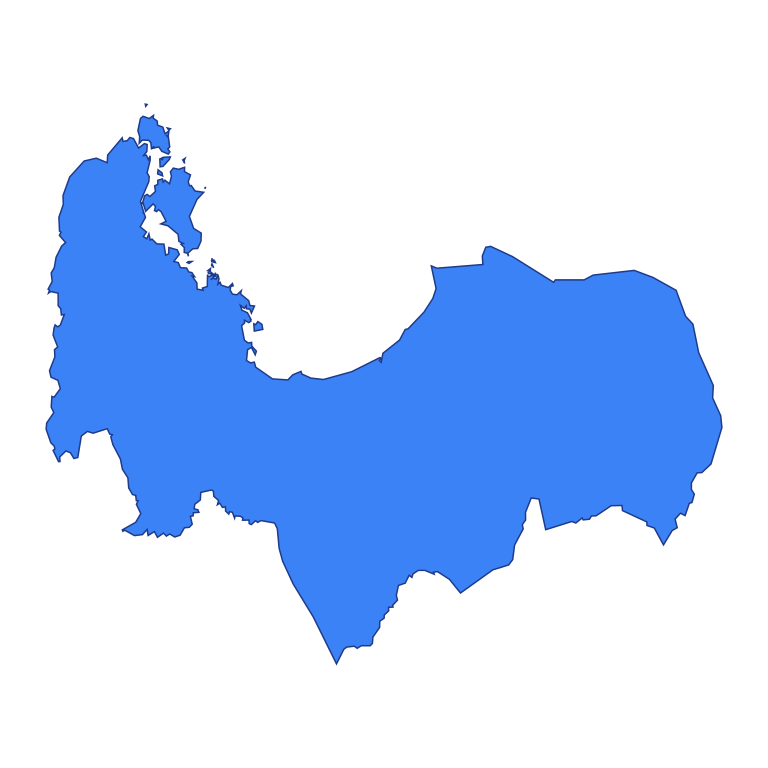 Pangasinan, Dagupan, Philippines
{"feature_id": "2640588B43628149657030", "entity_name": "Pangasinan", "entity_type": "district", "adm_level": 2, "iso_a3": "PHL", "parent_name": "Philippines", "parent_adm1": "Dagupan", "projection": "natural_earth1", "projection_center": [119.981, 16.031], "detail": "fine", "context": "isolated", "style": "filled", "palette": "blue", "viewbox_px": 768, "rotation_deg": 0, "n_neighbors": 0, "source": "geoboundaries", "source_scale": "gbopen_adm2", "svg_char_len": 6082}
<svg xmlns="http://www.w3.org/2000/svg" viewBox="0 0 768 768"><path d="M485.8,247.2L482.3,256.1L482.9,264.5L436.9,268.2L431.3,265.9L436.1,288.6L432.8,298.5L424.0,312.1L408.1,328.8L405.2,329.5L399.6,340.0L382.9,353.3L381.2,362.3L379.3,360.5L381.3,358.3L379.9,357.6L351.7,371.7L323.5,379.5L310.9,378.1L301.8,374.0L301.0,371.4L292.8,374.8L287.9,379.9L272.5,378.9L255.7,367.2L254.3,362.1L250.5,362.9L246.5,360.5L247.6,349.6L251.5,347.5L255.2,354.8L256.4,351.2L251.8,346.1L251.6,342.4L248.2,343.0L244.4,340.2L241.6,325.7L244.6,323.0L244.5,320.2L248.8,322.6L251.0,321.0L250.2,319.1L251.3,320.0L247.4,312.7L241.9,310.2L240.4,305.4L244.2,308.3L246.2,305.8L246.4,308.8L249.8,309.1L251.4,313.1L254.5,306.0L249.9,305.5L248.7,300.7L240.5,293.9L241.3,290.7L236.9,294.8L232.4,294.1L230.2,290.1L230.7,286.4L233.2,285.8L232.4,283.5L228.4,287.5L221.2,285.2L220.1,282.3L217.9,284.2L219.0,278.9L218.0,275.1L216.6,274.2L217.7,275.8L216.0,279.2L212.8,278.1L210.7,279.9L215.0,276.1L215.6,276.5L215.5,272.7L213.8,276.8L213.0,275.0L208.2,276.8L207.5,274.6L207.3,286.5L202.4,288.1L203.1,290.3L197.1,289.1L196.9,282.9L192.0,276.0L194.6,276.7L191.9,272.6L188.7,271.9L186.6,268.0L180.4,267.7L178.3,262.6L173.8,261.5L179.3,254.4L177.2,249.8L168.9,247.5L168.6,253.9L165.7,255.2L163.9,244.1L156.9,243.9L152.0,239.1L150.2,240.1L148.9,233.8L146.8,238.8L143.4,236.6L146.5,232.0L140.2,226.8L145.5,217.4L143.9,212.7L142.6,213.3L143.8,212.5L140.4,201.4L148.8,181.7L149.2,176.6L147.1,172.7L150.2,160.1L150.1,155.8L148.4,159.8L146.4,155.2L143.6,155.5L146.8,151.6L147.2,144.5L144.4,143.6L138.6,148.0L133.5,138.6L129.8,137.5L127.2,140.7L123.0,141.4L122.2,137.8L107.7,155.0L107.2,162.7L96.3,158.2L84.2,161.0L69.7,177.0L63.0,195.6L63.3,204.4L58.9,217.3L59.5,231.1L61.0,232.2L59.4,235.4L65.6,242.6L61.7,246.0L56.1,257.2L54.3,267.6L51.2,273.0L52.2,281.4L48.1,289.2L49.5,290.2L48.5,293.1L50.8,291.6L58.1,293.1L58.2,305.8L60.7,308.6L61.4,315.0L64.3,314.5L60.3,325.1L57.7,326.9L55.1,324.9L54.0,328.2L53.1,335.1L57.7,347.0L54.5,349.6L54.9,356.9L49.5,370.7L51.0,377.2L57.9,380.3L60.3,388.7L54.1,397.2L51.9,396.4L51.2,407.0L53.8,412.6L46.7,423.0L46.1,429.1L50.8,442.7L54.3,446.2L54.8,449.2L53.1,450.4L58.6,461.7L60.0,461.5L59.7,457.0L65.9,451.0L70.5,452.8L73.9,458.5L77.8,457.5L81.3,436.1L87.4,431.4L93.1,433.2L107.2,428.7L109.8,434.2L112.4,434.7L110.8,436.8L112.9,444.7L120.4,459.0L122.4,469.2L127.9,477.8L128.7,488.0L132.5,494.5L135.7,495.4L136.3,500.6L138.1,500.7L136.4,504.4L140.8,513.5L135.7,522.3L122.3,529.9L122.9,531.3L124.7,530.2L134.5,535.6L142.5,534.6L147.1,529.4L148.1,535.5L154.4,531.6L157.5,537.3L163.5,533.1L166.4,536.1L169.7,534.0L174.8,537.0L180.1,535.2L184.4,527.8L189.3,527.3L192.2,524.2L190.4,516.4L193.2,515.8L193.3,512.8L198.9,512.3L197.9,509.8L194.1,508.7L194.8,504.3L200.3,500.0L200.8,492.4L211.5,490.0L213.4,491.2L213.8,496.3L218.6,500.5L217.4,504.7L219.8,503.2L222.5,507.4L225.4,506.8L225.6,511.1L228.8,514.1L229.5,511.7L232.4,512.3L234.6,518.2L235.1,516.0L240.2,516.2L242.9,517.8L242.5,520.2L249.0,520.1L249.2,523.6L251.3,524.6L255.6,520.7L257.7,522.4L261.0,520.6L274.6,523.0L277.3,528.6L279.1,548.2L282.6,561.1L293.2,584.0L313.2,616.8L336.5,663.9L343.8,649.3L346.7,647.1L354.3,646.2L357.2,648.3L361.3,645.7L370.2,645.7L372.4,643.5L372.9,637.1L379.6,627.5L379.8,621.2L384.1,618.2L384.3,615.0L388.7,610.8L388.6,607.3L393.0,607.1L392.7,605.2L397.5,600.1L396.3,595.4L398.4,585.5L405.2,583.1L409.1,575.3L411.9,577.4L413.0,573.9L418.2,570.4L424.9,570.4L434.2,574.2L433.5,572.2L437.5,571.6L449.4,579.3L460.5,593.0L492.9,569.8L508.7,564.9L512.7,559.6L514.6,545.0L523.2,528.9L522.3,524.7L525.6,520.0L525.5,512.3L531.2,498.0L539.0,499.0L545.7,529.7L571.7,521.5L575.8,523.0L582.2,518.0L583.2,519.9L589.5,519.2L591.4,516.0L596.1,515.8L611.2,505.7L622.0,505.5L622.5,510.6L646.8,521.9L647.0,525.5L654.3,528.0L663.5,544.9L672.2,530.5L677.2,527.7L675.1,519.1L680.5,513.2L685.1,515.6L689.3,503.3L692.0,502.5L694.3,494.1L691.4,489.5L691.4,482.9L697.2,472.8L701.8,472.6L711.0,464.0L721.9,427.5L720.7,415.7L712.6,397.9L713.3,385.5L698.7,352.7L692.9,324.1L685.6,316.3L676.1,290.3L652.9,277.4L634.2,270.4L593.2,275.1L584.1,279.9L555.4,279.9L553.6,282.3L512.5,256.6L490.7,246.4L485.8,247.2ZM184.6,167.3L178.7,169.3L173.3,168.1L170.4,171.8L171.5,176.2L169.5,183.8L164.9,180.2L163.1,182.0L162.5,178.9L157.8,180.3L157.8,184.4L154.7,185.8L155.4,191.5L149.9,196.5L147.1,194.4L144.6,195.9L142.8,202.1L145.7,211.3L153.1,203.9L155.5,206.4L154.5,210.6L156.7,211.6L158.3,209.6L161.1,211.7L166.1,221.3L160.8,223.9L168.0,225.8L178.1,234.3L178.9,241.4L183.2,243.4L180.9,244.2L184.3,247.5L184.2,252.4L187.5,253.3L188.4,256.3L187.9,253.1L192.8,248.8L197.7,248.5L201.0,241.1L201.2,233.1L193.6,228.4L189.4,216.4L197.0,199.4L203.7,192.3L195.0,191.0L191.2,185.5L189.6,185.8L188.2,181.8L190.5,174.9L184.5,171.6L184.6,167.3ZM153.5,115.4L149.2,118.5L143.1,116.3L140.5,118.4L137.9,130.6L139.7,136.7L139.2,143.3L142.2,140.1L148.6,140.3L150.8,142.6L151.5,148.6L154.2,146.3L153.3,148.2L158.8,146.9L161.8,151.3L168.3,154.1L169.9,151.9L167.8,149.0L169.7,146.9L168.3,136.5L167.5,136.7L166.8,135.8L168.2,136.1L168.9,131.0L165.0,133.7L162.8,127.1L157.6,125.2L157.2,121.1L153.2,118.1L153.5,115.4ZM170.3,156.9L163.3,157.3L162.0,160.2L161.9,158.0L159.8,159.0L160.1,166.8L162.9,166.4L169.3,159.5L170.3,156.9ZM257.9,321.6L255.6,324.6L253.8,323.8L254.3,331.1L262.8,329.4L261.9,324.3L257.9,321.6ZM158.1,169.8L157.6,173.9L162.6,175.9L162.0,172.8L158.1,169.8ZM210.5,268.5L207.7,270.7L210.2,271.5L210.5,268.5ZM170.4,128.8L167.3,128.0L168.8,130.2L170.4,128.8ZM191.9,261.5L188.3,261.6L187.1,262.5L189.1,263.4L191.9,261.5ZM185.1,158.3L182.7,159.9L184.7,163.4L184.1,160.9L185.1,158.3ZM211.5,272.6L211.1,274.1L213.6,274.4L211.5,272.6ZM147.1,104.5L145.3,104.1L145.7,106.3L147.1,104.5ZM213.7,267.7L212.0,263.8L211.5,265.2L213.7,267.7ZM210.6,273.4L207.7,272.4L209.1,273.7L210.6,273.4ZM141.7,204.7L141.9,202.1L141.7,204.7ZM214.9,261.5L212.8,262.0L215.4,262.6L214.9,261.5ZM211.8,262.1L212.2,258.2L211.5,260.7L211.8,262.1ZM205.0,187.8L204.9,188.8L205.8,187.0L205.0,187.8ZM215.0,260.5L212.9,260.0L212.7,260.3L215.0,260.5Z" fill="#3b82f6" stroke="#1e3a8a" stroke-width="1.5"/></svg>